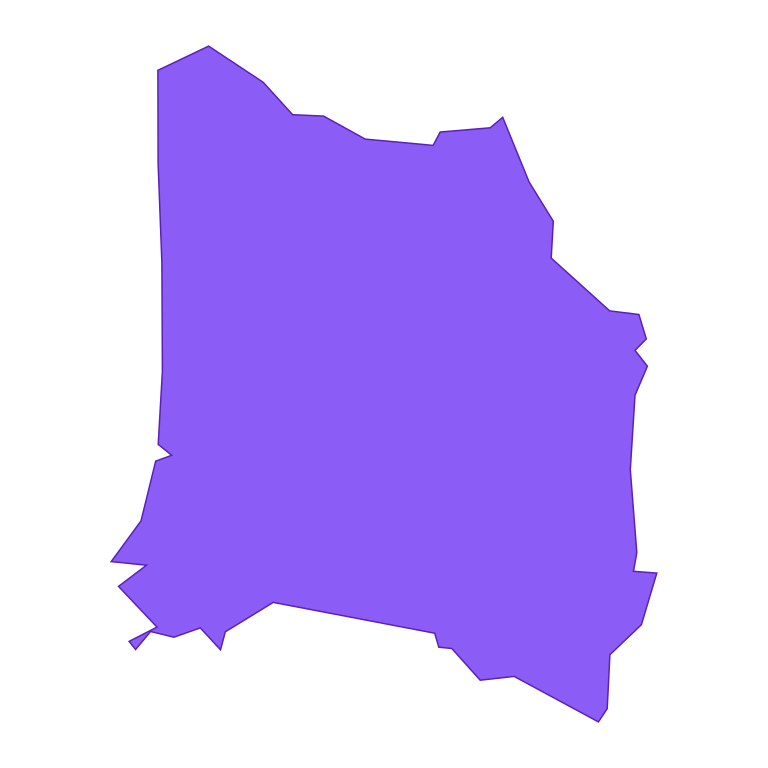 Coffee, Tennessee, United States of America
{"feature_id": "52423323B30803905187114", "entity_name": "Coffee", "entity_type": "district", "adm_level": 2, "iso_a3": "USA", "parent_name": "United States of America", "parent_adm1": "Tennessee", "projection": "albers", "projection_center": [-86.08, 35.496], "detail": "fine", "context": "isolated", "style": "filled", "palette": "violet", "viewbox_px": 768, "rotation_deg": 0, "n_neighbors": 0, "source": "geoboundaries", "source_scale": "gbopen_adm2", "svg_char_len": 752}
<svg xmlns="http://www.w3.org/2000/svg" viewBox="0 0 768 768"><path d="M208.6,46.1L157.9,70.3L158.1,163.2L161.9,263.0L162.4,371.4L158.2,444.4L171.7,455.3L155.7,461.1L141.0,520.9L111.2,561.6L146.5,565.2L118.5,586.4L157.0,627.1L129.1,641.4L135.6,649.5L150.6,631.5L173.9,637.2L200.3,627.9L220.5,649.8L225.3,631.8L273.2,602.4L434.7,633.2L438.8,647.2L451.8,648.5L480.2,680.2L514.1,676.4L598.4,721.9L607.2,708.7L609.9,654.7L641.4,624.7L656.8,573.1L633.5,571.3L636.8,552.6L630.3,469.6L635.0,395.3L647.4,366.2L635.0,350.4L646.3,338.9L638.9,314.5L609.7,310.9L551.2,258.1L553.3,221.2L529.1,182.0L502.7,117.3L490.2,127.8L440.2,132.0L433.1,145.4L365.2,139.1L323.6,116.1L292.6,114.7L263.3,82.4L208.6,46.1Z" fill="#8b5cf6" stroke="#5b21b6" stroke-width="1.5"/></svg>